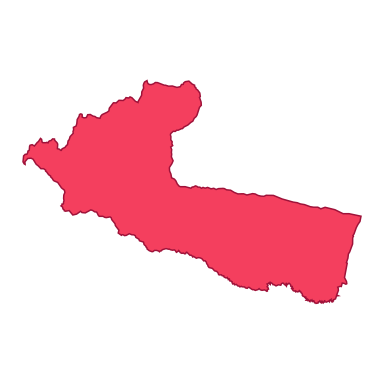 the district of Acacías, Meta, Colombia
{"feature_id": "7082276B9890611779462", "entity_name": "Acacías", "entity_type": "district", "adm_level": 2, "iso_a3": "COL", "parent_name": "Colombia", "parent_adm1": "Meta", "projection": "robinson", "projection_center": [-73.729, 4.023], "detail": "fine", "context": "isolated", "style": "filled", "palette": "rose", "viewbox_px": 384, "rotation_deg": 0, "n_neighbors": 0, "source": "geoboundaries", "source_scale": "gbopen_adm2", "svg_char_len": 5983}
<svg xmlns="http://www.w3.org/2000/svg" viewBox="0 0 384 384"><path d="M79.5,114.5L79.1,116.3L77.2,119.5L76.8,123.6L76.1,126.0L73.4,127.4L73.6,130.0L73.0,131.4L73.2,133.3L70.1,136.6L69.2,139.6L68.1,140.9L67.5,144.7L66.4,145.5L65.0,147.4L62.1,148.8L61.3,150.4L60.8,150.4L59.4,149.2L57.4,148.7L57.7,144.1L57.0,142.7L54.7,140.3L54.5,139.0L52.6,138.9L50.9,140.6L50.0,140.7L48.9,141.3L48.0,142.9L46.9,142.3L46.2,142.7L42.9,142.7L42.1,142.1L41.6,139.3L40.5,138.4L38.4,141.6L37.3,142.4L34.4,146.0L32.2,144.7L30.1,145.2L29.6,146.2L29.3,149.7L29.0,150.5L27.9,151.1L27.8,152.5L26.8,154.3L25.2,154.3L23.6,155.9L23.0,161.8L24.2,163.9L25.1,164.4L24.9,161.8L27.7,158.5L31.0,158.2L33.1,159.2L36.2,164.3L38.3,165.9L40.9,168.7L43.6,168.7L45.7,170.2L45.6,171.1L46.7,172.0L48.6,174.7L50.6,176.0L50.6,176.8L52.3,178.5L53.2,180.1L54.1,180.9L57.7,182.4L61.5,187.9L64.4,190.2L64.9,192.4L63.8,195.1L63.6,198.4L64.0,200.7L63.5,202.1L63.5,203.4L62.9,204.2L62.1,204.0L61.8,205.2L61.0,205.9L62.5,207.0L63.0,209.0L64.1,209.9L64.3,210.8L65.5,211.2L69.2,210.6L72.8,215.0L76.6,214.1L80.6,211.3L82.0,212.6L85.3,212.9L90.8,209.9L92.7,210.5L94.6,211.8L96.7,212.1L98.3,215.3L99.2,216.3L102.9,216.3L104.9,217.4L106.4,217.6L110.0,216.9L111.1,217.6L111.8,219.7L115.0,223.7L115.4,225.6L118.9,230.2L118.2,233.0L121.4,235.3L122.0,234.7L123.3,234.8L124.4,235.6L126.2,235.4L129.3,233.7L131.9,234.8L133.6,234.8L135.2,235.6L135.9,237.4L138.8,239.1L139.5,240.8L143.5,242.1L144.1,244.6L145.8,246.1L146.0,246.9L147.0,248.0L147.1,249.0L149.3,250.7L152.0,251.7L152.9,251.6L154.5,250.4L156.6,250.4L158.6,251.0L159.5,251.8L160.4,250.9L161.4,250.8L162.3,249.7L166.0,248.6L168.5,249.2L169.4,249.1L170.4,249.7L172.5,250.2L174.4,249.9L175.2,250.5L176.4,252.3L178.0,251.4L178.7,250.5L180.4,252.7L181.8,253.3L183.5,253.1L184.6,253.8L185.6,253.7L186.3,252.3L186.8,252.2L190.0,255.3L190.9,255.1L191.8,255.6L192.8,257.0L193.6,256.4L196.3,258.2L198.3,257.6L200.3,257.9L202.0,258.8L203.7,260.9L205.0,260.7L206.3,262.1L206.7,263.7L207.7,264.9L208.0,266.1L209.0,267.5L212.4,268.4L214.5,270.8L216.7,271.4L218.0,272.8L218.6,274.5L219.1,274.9L221.5,274.8L222.2,275.8L223.7,275.8L223.9,276.8L225.5,277.8L226.5,277.9L227.3,277.5L227.6,278.4L228.5,278.7L228.3,279.6L229.0,279.7L229.1,279.0L229.4,279.0L229.8,280.9L231.3,281.2L232.2,281.9L232.0,282.6L232.8,284.0L234.0,283.5L234.6,284.8L236.4,284.4L237.7,285.9L239.1,286.1L239.9,286.9L241.2,286.3L242.1,286.8L244.7,287.0L245.4,287.9L247.3,288.3L248.2,287.4L249.0,287.3L251.5,289.1L252.7,289.7L253.8,289.6L255.3,290.4L258.0,289.6L259.1,288.6L260.3,289.8L262.0,290.3L264.6,289.9L266.9,291.3L267.4,291.0L267.3,289.6L268.5,289.1L268.1,287.8L267.1,286.8L268.0,285.7L267.1,284.0L268.1,283.7L268.6,283.1L270.3,284.5L270.4,283.8L269.8,282.7L270.1,282.2L272.5,283.6L273.0,284.7L274.1,284.7L276.0,285.9L278.4,284.8L280.8,285.2L281.5,283.6L282.6,283.1L283.6,283.3L284.3,284.5L285.5,285.1L286.4,286.1L286.5,284.9L286.1,283.5L286.5,283.4L287.2,284.7L289.0,283.2L290.5,284.5L290.8,286.2L292.2,286.5L291.9,287.4L293.1,288.4L292.9,288.8L291.8,288.7L293.2,290.6L294.2,291.1L295.2,290.8L295.8,291.9L296.6,291.3L297.6,291.9L298.6,291.6L299.3,290.5L299.6,290.6L300.1,291.7L300.8,291.9L301.1,292.8L301.8,293.2L302.4,294.5L302.3,295.3L303.0,296.2L303.7,296.3L305.0,297.6L305.2,297.0L305.8,297.1L305.8,298.4L306.8,298.6L306.9,299.1L306.1,300.2L307.2,300.2L307.3,299.4L307.8,299.3L308.2,299.7L308.0,300.6L309.4,300.5L309.5,301.4L310.0,301.7L310.6,300.3L311.4,300.8L311.9,300.1L312.4,301.6L312.8,301.6L313.0,300.7L313.9,300.9L314.6,302.8L315.7,303.0L316.0,303.4L318.1,303.0L318.4,301.8L320.1,301.8L320.0,301.1L321.0,301.7L320.7,302.4L321.4,303.0L322.1,302.8L321.9,302.0L322.8,302.6L322.6,301.6L323.6,302.4L324.4,302.0L324.6,300.1L325.0,301.8L326.6,302.1L327.6,301.5L328.9,301.2L329.3,301.6L329.3,300.5L330.8,299.6L330.4,300.8L331.7,300.6L331.8,301.8L332.5,301.9L332.5,300.6L333.4,300.9L333.6,299.7L335.5,298.9L336.5,295.9L338.2,295.7L336.7,295.0L338.4,290.4L338.2,288.3L337.7,287.2L340.2,286.3L341.3,286.5L342.2,283.1L343.9,283.3L345.9,284.2L346.8,283.7L346.5,281.5L344.5,277.6L347.2,263.2L346.4,262.7L347.9,258.2L348.4,254.0L349.7,251.9L352.6,244.0L352.7,237.7L353.4,236.4L352.9,235.7L354.0,234.0L356.3,227.6L357.9,224.5L360.0,221.4L361.0,216.2L349.1,213.7L343.1,213.7L334.9,209.7L325.1,207.3L320.8,208.8L317.8,207.2L313.5,207.2L310.3,206.7L304.5,204.6L300.3,203.9L297.2,202.7L293.2,202.1L282.2,199.0L273.4,195.4L266.1,195.3L264.0,196.3L260.8,196.1L257.9,195.4L255.3,194.0L252.6,193.6L246.9,195.0L243.6,193.8L237.9,193.9L234.2,192.4L230.6,190.2L226.5,189.8L224.4,188.6L223.1,188.4L218.5,188.6L216.1,189.5L213.8,188.3L211.0,188.8L207.6,187.4L205.1,188.2L203.0,187.4L201.5,188.3L199.9,187.2L197.8,187.1L196.8,186.3L195.4,185.9L193.5,186.9L192.2,187.0L190.9,188.2L185.2,186.7L180.4,186.7L179.2,186.2L177.3,184.0L175.8,180.8L174.4,179.1L171.6,177.8L170.9,174.0L169.6,171.0L169.4,168.3L169.5,167.3L171.8,163.8L173.1,160.8L171.4,156.9L171.7,154.2L171.4,152.4L171.7,149.6L170.7,147.0L172.7,145.6L171.9,143.7L172.2,141.8L170.8,139.8L170.9,136.6L170.4,134.9L170.7,133.6L173.2,131.3L175.3,131.4L176.7,130.2L178.2,130.2L181.5,128.7L182.5,128.6L184.1,126.9L187.9,125.0L190.8,122.4L192.8,121.2L194.2,118.3L196.1,116.6L197.0,115.1L199.5,107.3L201.3,105.3L201.1,102.1L199.5,97.4L200.3,96.6L199.8,93.0L197.7,90.1L196.0,88.8L195.8,87.6L194.6,86.7L194.6,85.2L192.2,84.1L188.9,81.1L185.2,81.7L183.6,83.0L183.2,84.4L181.5,84.5L180.3,86.7L176.9,87.4L172.3,86.0L168.6,86.2L165.5,85.2L164.3,85.2L157.5,82.6L155.3,82.5L153.6,83.8L151.2,84.6L149.6,84.5L148.3,83.9L147.5,82.7L147.0,80.6L144.6,82.0L143.9,83.3L143.3,85.2L143.6,88.2L141.8,91.9L141.6,95.3L138.1,101.5L138.0,102.5L135.4,101.3L131.9,97.7L130.0,96.9L128.8,98.0L126.0,97.6L125.1,99.0L123.2,100.5L119.0,100.3L116.2,102.9L113.4,102.8L109.3,108.2L108.9,110.9L107.2,112.2L102.1,114.6L100.7,116.3L100.0,118.3L96.6,117.7L95.0,116.5L93.0,116.1L90.3,114.5L87.7,114.7L86.4,117.5L84.1,117.9L82.2,117.1L82.2,114.8L81.8,114.2L80.7,113.9L79.5,114.5Z" fill="#f43f5e" stroke="#9f1239" stroke-width="1.5"/></svg>